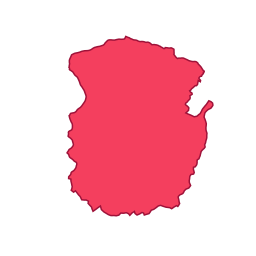 outline of Buret, Rift Valley, Kenya, rotated 201°
{"feature_id": "3690345B45419695798591", "entity_name": "Buret", "entity_type": "district", "adm_level": 2, "iso_a3": "KEN", "parent_name": "Kenya", "parent_adm1": "Rift Valley", "projection": "orthographic", "projection_center": [35.137, -0.558], "detail": "fine", "context": "isolated", "style": "filled", "palette": "rose", "viewbox_px": 256, "rotation_deg": 201, "n_neighbors": 0, "source": "geoboundaries", "source_scale": "gbopen_adm2", "svg_char_len": 5836}
<svg xmlns="http://www.w3.org/2000/svg" viewBox="0 0 256 256"><g transform="rotate(201 128 128)"><path d="M81.6,52.6L80.0,53.9L77.7,55.6L77.2,57.5L76.8,59.6L74.8,61.3L73.2,63.7L71.7,66.2L69.8,67.5L67.3,67.5L64.1,67.7L60.4,68.6L58.3,68.3L56.7,70.7L54.9,72.9L53.4,72.6L53.0,74.0L52.9,75.2L52.7,75.9L53.9,77.5L54.8,79.1L56.5,81.6L56.4,82.4L55.6,84.2L53.9,85.8L53.3,86.6L53.0,88.0L52.9,89.7L51.8,91.9L50.5,93.0L49.7,93.8L48.9,96.7L51.2,99.1L52.0,100.9L52.1,101.6L52.3,102.6L53.0,105.0L52.5,107.2L50.3,108.5L50.2,110.1L51.2,111.6L51.9,112.5L52.2,113.1L52.8,114.8L51.3,115.9L50.7,118.3L50.8,119.0L51.0,120.2L51.3,121.0L51.7,121.9L51.9,123.2L50.7,124.7L50.8,126.0L50.7,127.8L51.0,129.7L51.1,131.0L51.3,132.2L50.8,133.9L49.6,136.3L49.2,137.9L50.4,139.8L50.3,142.0L50.7,144.1L50.8,146.0L51.0,147.2L51.9,149.6L52.4,151.4L54.0,153.4L54.5,154.2L55.4,156.3L55.9,158.3L56.4,160.0L57.6,161.7L58.9,163.3L59.8,164.3L60.9,165.4L61.5,168.7L61.6,170.0L60.9,171.8L60.6,172.5L60.0,173.6L59.6,174.2L59.0,174.8L57.7,176.2L57.0,178.7L56.9,179.8L58.0,181.6L59.9,182.3L61.3,182.4L62.3,182.4L63.3,178.0L63.6,177.3L63.9,176.5L64.8,173.7L65.1,172.7L65.3,171.9L65.4,170.2L65.5,169.3L65.8,167.4L66.2,166.6L66.7,166.0L67.1,165.2L67.5,164.3L68.1,163.5L69.2,162.9L70.2,162.2L71.3,162.3L72.5,162.4L73.4,162.5L77.2,162.6L79.4,162.8L78.6,164.4L77.8,166.2L78.1,167.0L78.2,167.9L78.5,168.7L79.3,169.2L80.1,169.5L81.0,169.9L81.9,170.1L82.8,170.5L83.0,171.4L82.8,172.4L82.1,173.3L81.8,174.2L81.5,175.3L80.9,176.5L80.6,177.5L80.9,178.7L81.8,180.4L81.0,181.3L80.2,182.5L80.7,183.4L81.3,183.8L82.1,183.8L83.0,184.2L83.8,184.9L83.0,185.8L82.9,186.7L82.5,187.8L82.0,188.5L81.5,189.5L80.4,191.6L79.2,192.1L78.9,193.0L78.7,193.6L79.1,195.5L79.2,196.4L79.4,197.5L78.2,197.3L77.1,197.1L77.3,198.4L78.3,199.0L79.5,199.6L79.7,200.6L79.2,201.7L78.8,202.3L78.0,202.6L77.8,203.2L77.9,204.0L77.6,204.8L77.1,205.8L77.5,206.7L77.0,207.5L77.2,208.4L78.2,208.5L79.3,209.4L80.1,209.9L80.8,210.5L81.8,211.2L82.7,211.7L83.6,212.1L84.4,212.5L85.1,212.7L85.6,213.2L86.3,213.8L87.3,214.1L88.3,214.3L89.3,214.1L90.5,213.6L91.1,213.3L91.9,213.1L93.0,212.9L94.2,212.8L95.3,212.7L96.1,212.8L96.8,212.9L98.5,213.0L99.2,213.0L100.0,213.1L100.8,213.1L101.5,213.1L102.4,212.8L103.2,212.5L104.0,212.0L104.9,211.7L105.9,211.3L106.7,210.6L107.4,210.8L108.3,211.1L108.9,211.5L109.8,212.0L111.6,213.2L111.7,214.2L112.2,215.3L112.7,216.4L113.0,217.3L113.4,218.0L115.4,218.3L116.5,218.3L117.3,217.8L118.1,217.4L118.8,217.2L120.3,216.9L121.1,216.7L122.1,216.4L122.2,215.4L123.0,215.0L123.8,215.1L124.6,215.3L125.4,215.4L126.3,215.5L127.2,215.8L128.1,215.7L129.0,215.9L130.1,215.9L131.2,215.8L132.3,215.5L133.4,215.3L134.3,214.9L134.9,214.6L135.6,214.3L136.5,214.7L137.5,215.1L138.6,215.3L139.9,215.3L140.6,215.1L141.3,214.7L142.0,214.4L142.8,214.3L143.6,214.3L144.4,214.2L145.2,214.0L145.9,213.8L146.6,213.5L147.4,213.1L148.4,212.9L149.4,212.8L150.3,212.9L151.1,213.0L152.0,212.9L152.9,212.7L153.9,212.4L154.6,212.3L155.4,212.3L156.1,212.4L156.9,212.4L157.7,212.3L158.5,212.6L159.5,212.7L160.3,212.6L161.2,212.6L162.1,212.7L162.9,212.7L163.0,211.3L163.1,210.1L163.8,209.5L164.5,209.1L166.3,208.3L167.1,208.1L168.0,207.8L168.9,207.4L169.6,206.9L170.3,206.5L171.1,205.9L172.1,205.2L174.2,204.5L175.4,204.2L176.4,203.8L177.2,203.5L178.2,202.7L178.8,201.6L179.6,199.7L179.9,199.0L180.1,197.7L180.7,196.6L181.6,195.8L182.7,194.9L183.4,194.3L184.4,193.7L185.6,193.0L186.3,192.5L187.4,191.7L188.1,191.2L188.8,190.4L189.6,189.4L190.0,188.7L190.7,187.8L191.3,187.2L192.2,186.5L193.0,186.0L194.0,185.5L196.1,184.6L198.2,183.3L198.9,182.8L199.7,182.0L200.4,181.4L201.1,180.9L201.9,180.3L204.0,179.0L204.8,178.4L205.5,177.6L206.3,176.8L206.9,176.0L206.9,175.1L206.9,174.2L207.0,173.4L207.0,172.5L207.1,171.3L207.0,170.2L206.7,169.3L206.4,168.7L206.1,167.9L205.6,167.2L205.3,165.8L205.2,165.1L204.9,164.3L204.9,163.5L204.2,163.0L203.8,162.4L203.7,161.7L203.0,161.3L202.0,161.2L200.9,160.9L199.9,160.7L199.1,160.2L198.4,159.7L197.1,158.7L196.2,158.2L195.3,157.9L194.0,157.5L193.3,157.1L192.6,156.5L191.6,155.5L190.2,154.1L187.9,151.3L187.2,150.8L185.8,149.9L185.2,149.5L184.6,149.0L182.7,147.6L182.0,146.9L180.8,145.5L178.9,143.3L178.2,142.1L177.9,140.3L177.8,139.3L177.7,138.4L177.9,137.0L178.1,136.0L178.4,134.9L178.7,133.6L178.9,132.8L179.1,132.0L179.5,131.0L179.8,130.2L180.4,129.3L181.0,128.5L181.4,127.9L182.0,126.6L182.2,125.5L182.5,124.6L183.1,123.7L183.9,122.9L184.9,122.3L185.5,122.0L186.0,121.6L186.7,121.2L187.0,120.3L187.0,119.2L187.4,118.3L186.8,117.6L186.4,116.9L185.3,115.5L183.2,113.3L182.5,112.7L181.9,112.3L181.4,111.6L180.8,110.5L180.4,109.4L180.1,108.5L179.9,107.8L179.9,106.1L181.4,104.4L182.1,103.4L182.1,102.6L181.8,101.9L181.4,101.3L181.0,98.9L180.0,98.4L178.7,98.1L177.8,97.8L177.0,97.4L176.1,97.0L175.3,96.3L175.0,95.7L173.9,94.3L173.1,93.1L172.9,92.4L172.9,91.7L173.2,90.8L173.3,90.1L173.6,89.2L174.1,88.5L174.5,87.9L175.1,87.1L175.4,86.3L175.5,85.4L175.6,84.5L175.9,83.8L176.0,83.0L175.5,82.6L174.5,82.4L173.7,81.8L173.0,80.8L172.1,79.9L171.4,79.6L170.5,79.3L169.6,79.2L168.7,78.8L167.6,78.5L166.8,78.0L165.9,77.7L165.0,77.6L164.0,77.4L163.5,77.0L163.0,76.3L162.7,75.3L162.7,74.3L162.4,72.3L162.6,71.3L163.0,69.7L163.4,68.7L164.3,67.5L164.8,66.8L165.1,66.0L164.9,65.0L164.9,64.0L165.2,63.1L165.6,62.1L165.9,61.2L165.3,59.5L163.0,59.8L162.3,58.1L160.9,56.1L159.7,54.2L159.1,53.4L158.7,51.3L158.7,49.5L155.8,48.6L154.5,50.5L152.5,49.3L150.3,47.9L148.1,46.9L145.5,44.4L142.9,45.1L141.2,45.8L138.6,45.5L138.3,43.4L136.4,42.4L133.7,41.1L132.6,39.6L130.8,37.7L129.1,40.2L127.5,42.8L125.8,45.3L123.6,42.3L120.4,41.0L117.5,40.5L115.3,40.1L112.8,40.1L111.8,40.4L109.7,41.3L108.4,41.6L107.4,41.9L105.3,43.4L105.0,44.2L104.2,46.0L101.5,46.9L99.2,48.3L96.8,48.2L95.0,47.1L93.8,50.1L92.1,52.4L90.8,50.7L88.4,50.0L86.3,52.0L84.7,54.1L83.0,54.2L81.6,52.6Z" fill="#f43f5e" stroke="#9f1239" stroke-width="1.5"/></g></svg>